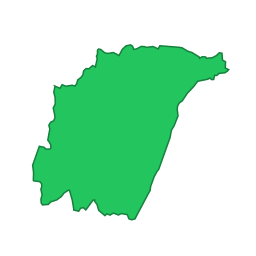 the district of Naranjito, Puerto Rico, rotated 194°
{"feature_id": "32010507B80614899484924", "entity_name": "Naranjito", "entity_type": "district", "adm_level": 2, "iso_a3": "PRI", "parent_name": "Puerto Rico", "parent_adm1": "", "projection": "equal_earth", "projection_center": [-66.251, 18.288], "detail": "fine", "context": "isolated", "style": "filled", "palette": "green", "viewbox_px": 256, "rotation_deg": 194, "n_neighbors": 0, "source": "geoboundaries", "source_scale": "gbopen_adm2", "svg_char_len": 1806}
<svg xmlns="http://www.w3.org/2000/svg" viewBox="0 0 256 256"><g transform="rotate(194 128 128)"><path d="M99.3,41.4L92.7,68.1L91.4,72.8L91.6,74.2L91.9,77.0L90.8,87.1L89.4,92.7L88.2,95.3L87.2,105.3L84.9,128.6L85.3,136.5L83.8,141.2L82.4,151.8L84.8,158.2L85.2,161.2L84.3,164.7L81.9,167.5L78.8,176.1L74.4,183.9L71.7,190.2L62.2,194.7L60.8,196.3L58.6,195.2L56.6,195.8L56.7,200.0L54.5,200.5L52.7,203.1L47.3,205.0L45.4,207.1L44.4,209.0L48.1,209.7L49.4,215.9L52.7,216.7L54.9,223.3L57.6,223.1L59.7,219.7L63.2,216.6L68.8,214.6L69.8,215.7L73.1,215.2L75.5,213.0L76.2,214.2L84.2,216.7L88.6,217.0L95.0,218.9L98.4,218.6L117.0,215.5L117.8,212.1L123.4,213.1L130.0,210.6L131.3,211.0L134.8,210.4L139.1,206.6L141.5,205.7L143.4,208.5L145.6,209.3L149.8,207.2L152.6,202.9L154.2,196.2L160.0,197.6L160.7,197.6L165.5,195.5L168.6,195.3L173.5,197.6L175.7,197.5L176.4,196.1L175.5,192.0L176.0,190.1L174.7,188.0L174.4,179.4L177.5,180.0L180.3,176.0L183.1,175.5L184.9,172.6L184.6,168.5L186.0,165.5L188.4,162.5L188.5,158.7L189.5,155.9L192.5,156.0L198.4,153.5L202.4,154.1L203.6,150.1L209.3,151.0L208.9,150.5L208.7,144.8L206.1,140.0L204.4,133.5L205.4,129.4L204.0,126.5L201.3,120.6L201.9,117.0L204.5,114.8L205.5,111.6L203.6,108.0L202.9,96.8L201.5,95.7L198.9,93.0L198.0,90.1L198.7,88.6L202.8,87.7L204.7,89.0L209.6,88.8L211.4,70.1L211.6,69.1L208.8,61.7L207.2,54.3L206.8,53.9L200.7,54.6L198.4,53.1L197.4,50.0L197.8,47.7L195.1,42.1L195.3,38.0L194.1,34.3L192.4,32.7L186.9,34.5L185.1,37.6L179.7,41.0L176.0,45.5L174.3,49.5L170.8,53.2L169.7,53.4L164.6,44.5L161.0,36.1L160.9,35.3L155.7,35.3L154.6,38.7L152.0,39.9L149.1,38.3L144.5,49.6L142.8,50.0L142.8,49.0L139.5,46.2L136.5,41.0L129.2,37.4L127.7,39.6L124.4,39.1L121.6,41.9L116.2,41.3L113.9,43.3L107.8,43.8L105.1,40.1L102.4,39.8L99.3,41.4Z" fill="#22c55e" stroke="#15803d" stroke-width="1.5"/></g></svg>